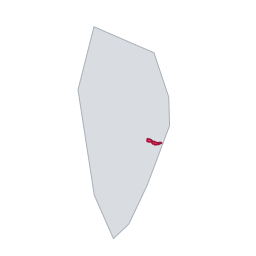 St Lawrence, Anse-la-Raye, Saint Lucia (highlighted), rotated 169°
{"feature_id": "8701671B18704050053031", "entity_name": "St Lawrence", "entity_type": "district", "adm_level": 2, "iso_a3": "LCA", "parent_name": "Saint Lucia", "parent_adm1": "Anse-la-Raye", "projection": "robinson", "projection_center": [-61.027, 13.938], "detail": "fine", "context": "in_parent", "style": "filled", "palette": "rose", "viewbox_px": 256, "rotation_deg": 169, "n_neighbors": 0, "source": "geoboundaries", "source_scale": "gbopen_adm2", "svg_char_len": 1998}
<svg xmlns="http://www.w3.org/2000/svg" viewBox="0 0 256 256"><g transform="rotate(169 128 128)"><path d="M169.8,175.0L142.1,233.8L88.2,196.9L82.1,150.5L86.8,122.3L119.8,68.6L145.4,33.7L163.4,22.2L173.9,68.5L169.8,175.0Z" fill="#d9dde1" stroke="#a8b0b8" stroke-width="1"/><path d="M109.2,113.0L109.3,113.0L109.5,112.9L109.6,113.0L109.8,113.0L110.0,113.1L110.1,113.3L110.3,113.4L110.5,113.4L110.6,113.5L110.8,113.7L110.8,113.8L111.0,113.8L111.9,111.7L110.8,110.5L108.9,110.1L108.7,110.0L108.6,109.9L108.4,109.9L108.2,109.9L107.9,109.9L107.8,110.0L107.7,110.0L107.4,110.1L107.2,110.1L107.0,109.9L107.0,109.7L107.0,109.4L107.1,109.2L107.2,108.9L107.2,108.7L107.3,108.5L107.3,108.4L106.9,107.7L106.7,107.7L106.4,107.5L106.2,107.6L105.9,107.5L105.7,107.5L105.6,107.4L105.4,107.4L105.2,107.3L105.2,107.2L105.0,106.9L105.0,106.7L105.0,106.4L103.2,106.2L102.9,106.2L102.7,106.2L102.3,106.2L102.2,106.2L101.8,106.2L101.7,106.1L101.4,106.1L101.2,106.0L100.9,106.0L100.7,106.1L100.4,106.2L100.2,106.3L99.9,106.5L99.5,106.5L98.6,106.6L98.4,106.8L98.2,106.9L97.9,106.9L97.9,107.0L98.0,107.2L98.3,107.3L98.5,107.4L98.5,107.5L98.8,107.6L99.0,107.5L99.3,107.5L99.5,107.6L99.8,107.7L100.0,107.7L100.3,107.7L100.3,107.8L100.5,107.8L100.8,107.9L101.0,107.9L101.3,107.9L101.5,107.8L101.6,107.7L101.8,107.7L101.9,107.8L102.0,107.8L102.3,108.0L102.5,108.1L102.8,108.2L102.9,108.3L103.0,108.4L103.0,108.5L103.3,108.6L103.3,108.8L103.5,109.0L103.6,109.3L103.6,109.2L103.8,109.2L104.0,109.2L104.3,109.2L104.3,109.3L104.5,109.3L104.6,109.5L104.8,109.7L104.8,109.8L104.9,110.0L105.0,110.0L105.3,110.0L105.5,110.0L105.7,109.9L105.9,109.9L106.0,109.9L106.0,110.0L106.3,110.1L106.4,110.3L106.5,110.3L106.6,110.5L106.8,110.7L106.8,110.8L106.8,111.0L107.0,111.2L107.1,111.3L107.2,111.5L107.3,111.6L107.4,111.8L107.5,111.8L107.6,112.0L107.8,112.2L108.0,112.2L108.1,112.3L108.2,112.5L108.3,112.5L108.5,112.6L108.6,112.8L108.8,112.9L108.9,113.0L109.0,113.0L109.2,113.0Z" fill="#f43f5e" stroke="#9f1239" stroke-width="1.5"/></g></svg>